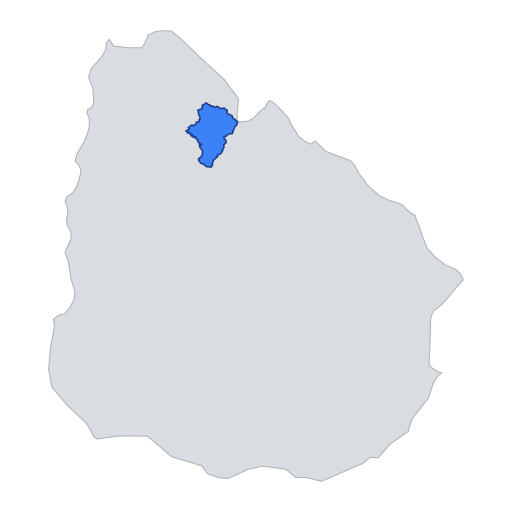 Mataojo, Salto, Uruguay shown in context
{"feature_id": "84410073B62667740173321", "entity_name": "Mataojo", "entity_type": "district", "adm_level": 2, "iso_a3": "URY", "parent_name": "Uruguay", "parent_adm1": "Salto", "projection": "albers", "projection_center": [-56.339, -31.222], "detail": "fine", "context": "in_parent", "style": "filled", "palette": "blue", "viewbox_px": 512, "rotation_deg": 0, "n_neighbors": 0, "source": "geoboundaries", "source_scale": "gbopen_adm2", "svg_char_len": 6248}
<svg xmlns="http://www.w3.org/2000/svg" viewBox="0 0 512 512"><path d="M441.7,372.9L437.8,376.2L433.5,382.6L428.3,398.2L411.7,419.4L408.1,431.5L390.5,443.8L378.1,457.8L370.2,457.3L362.9,463.3L321.4,481.3L306.7,477.6L295.8,477.5L285.7,469.2L262.5,466.1L248.0,469.3L228.4,478.3L222.5,478.1L218.3,477.6L207.7,473.9L201.9,465.9L171.8,456.8L147.4,436.1L118.8,436.0L96.8,439.0L93.4,436.3L91.1,430.9L86.4,423.3L67.2,405.2L51.9,387.1L48.6,369.2L50.3,349.6L54.4,326.3L53.5,319.1L59.0,314.9L64.5,314.0L69.7,307.9L74.3,298.7L75.0,291.9L71.1,279.2L68.3,261.5L65.0,252.7L71.0,238.6L71.1,231.8L67.5,225.9L66.4,219.8L67.9,213.5L67.5,207.5L65.1,201.7L66.8,196.9L72.4,193.0L76.5,187.1L79.2,179.2L80.6,173.2L80.6,169.0L78.8,165.1L75.2,161.5L76.7,154.2L83.3,143.2L87.6,133.4L89.4,124.9L89.2,118.1L86.9,112.9L87.8,109.4L91.9,107.5L93.7,102.0L92.9,88.3L88.5,77.1L91.6,68.1L101.0,57.7L105.9,49.3L106.2,42.9L109.2,39.3L113.8,46.0L127.4,47.7L141.0,47.9L143.2,46.1L148.5,34.9L155.5,31.6L163.2,30.7L171.7,31.3L180.6,38.6L206.0,62.9L224.5,79.7L230.1,87.7L235.0,93.7L238.7,99.2L237.1,113.6L237.3,119.9L238.1,121.8L242.3,121.9L248.6,120.9L253.9,117.9L258.0,113.3L262.1,109.5L265.3,107.5L266.5,104.5L268.4,101.3L270.3,100.6L274.0,103.0L282.5,111.3L289.1,119.0L290.7,123.4L293.3,127.9L296.0,131.9L297.9,135.8L304.3,140.9L310.8,144.2L315.2,141.0L326.2,151.6L350.6,160.7L355.0,166.0L359.1,173.6L367.5,185.2L379.1,195.6L388.5,200.1L397.6,202.8L402.7,205.2L406.1,209.2L411.5,213.5L415.0,215.2L416.1,219.0L419.5,227.4L423.0,237.9L426.8,247.7L435.4,257.3L445.2,264.8L455.4,269.2L461.1,274.5L463.4,279.8L456.2,287.5L448.4,297.1L441.6,304.7L434.6,310.0L432.2,313.6L430.6,319.4L429.8,350.0L429.0,361.4L429.4,364.5L430.3,366.5L434.5,369.7L439.6,372.4L441.7,372.9Z" fill="#d9dde1" stroke="#a8b0b8" stroke-width="1"/><path d="M186.0,131.3L187.2,131.4L187.9,132.0L187.5,133.0L190.6,133.1L190.1,134.4L190.4,134.8L192.2,134.7L192.7,134.9L191.6,135.6L191.4,135.9L192.7,136.1L193.2,136.5L193.2,137.3L193.8,137.3L195.3,136.7L195.8,136.8L195.9,137.4L195.6,138.3L196.4,139.0L197.3,139.5L197.7,139.7L197.6,141.1L198.6,142.5L199.6,143.1L199.4,143.7L199.3,144.5L199.8,144.7L200.2,144.2L200.6,143.9L201.1,144.0L201.3,144.6L200.7,145.4L199.7,145.9L199.5,146.4L200.2,147.8L201.5,149.2L202.3,150.5L202.5,151.8L202.1,155.3L201.5,155.9L201.2,156.8L199.8,157.8L198.6,158.8L198.5,159.8L198.8,160.8L199.8,162.0L201.2,163.4L202.0,163.9L203.2,163.8L203.9,163.8L204.2,164.4L204.3,165.0L204.8,165.6L206.0,165.9L206.3,166.7L207.5,166.7L208.1,166.6L209.5,167.0L210.4,167.2L210.6,167.2L210.8,167.1L211.0,167.1L211.5,166.9L211.8,166.0L211.7,165.7L212.0,165.5L212.6,165.3L212.6,165.0L212.5,164.7L212.4,164.5L212.3,164.3L212.2,164.1L212.2,163.9L212.4,163.5L212.5,163.3L212.6,163.0L212.7,162.8L212.7,162.4L212.8,161.9L212.8,161.5L212.8,161.4L212.8,161.2L213.2,160.9L213.4,160.8L213.4,160.7L213.5,160.5L213.5,160.2L213.5,159.9L213.6,159.7L213.8,159.5L214.3,159.4L214.5,159.4L214.7,159.2L214.9,159.0L215.2,158.7L215.3,158.5L215.5,158.3L215.8,158.1L216.0,157.9L216.2,157.7L216.5,157.5L217.8,156.5L217.6,156.3L217.4,156.1L217.3,155.6L217.1,155.3L217.3,154.9L217.6,154.8L217.8,154.8L218.0,154.7L218.2,154.4L218.6,154.6L218.9,154.5L219.3,154.3L219.9,154.1L220.2,154.0L220.7,153.5L221.0,153.3L221.5,152.6L221.7,152.3L221.9,152.0L222.1,151.9L222.4,150.6L222.9,150.3L222.8,149.1L224.2,147.0L224.0,146.4L223.8,145.8L223.6,144.7L224.0,144.4L224.4,144.3L224.6,144.1L224.7,143.8L224.8,143.6L225.0,143.5L225.1,143.4L225.5,143.0L226.0,142.9L226.2,142.4L225.9,142.2L225.9,141.7L226.0,141.5L226.1,140.7L225.8,139.9L225.5,139.8L225.3,139.6L225.2,139.3L224.8,139.1L224.4,138.9L224.2,138.6L223.9,138.2L224.0,138.0L223.9,137.8L224.0,137.7L223.7,137.2L223.9,137.1L224.3,136.8L224.9,136.7L225.0,136.6L225.4,136.5L225.4,136.4L225.6,136.5L226.0,136.4L226.2,136.1L226.5,135.7L226.6,135.4L226.9,134.9L227.1,134.9L227.6,134.9L227.7,134.7L227.9,134.5L228.1,134.5L228.2,134.4L228.4,134.4L229.5,133.8L230.1,133.7L230.4,133.7L230.8,133.7L231.3,133.7L232.0,133.7L232.3,133.3L232.5,133.0L232.9,132.8L232.9,132.7L232.9,132.3L232.9,131.6L232.7,131.3L232.7,131.2L232.8,130.6L233.6,130.0L233.7,129.9L234.0,129.1L234.4,127.8L234.5,127.6L235.0,126.7L235.6,126.0L235.9,125.7L236.1,125.6L236.4,125.5L236.6,124.9L237.1,123.9L237.3,123.6L237.2,123.4L237.3,122.5L237.3,122.4L237.6,122.1L236.5,120.8L235.8,120.4L235.7,120.3L235.4,119.7L233.2,118.4L233.0,118.2L232.6,117.3L232.3,116.8L232.2,115.9L232.0,115.7L231.9,115.6L231.2,115.3L229.6,114.5L229.3,114.3L229.1,114.3L228.8,114.3L227.4,113.9L227.2,113.8L227.2,113.7L227.2,112.8L227.2,112.3L227.3,111.9L227.2,111.8L227.1,111.3L227.1,111.1L227.2,110.6L227.2,110.4L227.2,110.2L226.9,109.9L225.5,109.4L225.4,109.3L224.7,108.8L224.6,108.6L224.2,108.0L223.1,108.3L222.2,108.3L221.9,108.6L221.3,108.6L220.9,108.6L220.5,108.5L220.1,108.2L219.6,107.8L219.3,107.6L219.2,107.5L218.9,107.5L218.8,107.4L218.6,107.3L218.2,107.5L217.9,107.0L217.9,106.9L217.8,106.6L217.6,106.5L217.4,106.5L217.0,106.4L216.9,106.5L216.6,106.8L216.3,106.7L216.1,107.1L215.9,107.2L215.7,107.2L215.1,107.1L214.9,107.2L214.7,107.2L214.3,107.1L214.0,107.0L213.8,106.6L213.7,106.5L212.7,106.5L212.5,106.4L212.3,106.3L212.3,106.2L212.2,106.2L211.8,106.1L211.7,106.1L211.4,106.1L211.3,106.3L211.2,106.4L210.9,106.2L210.5,105.9L210.4,105.5L210.3,105.1L210.0,105.0L209.6,104.9L209.4,105.1L209.2,105.0L208.9,104.8L208.9,104.7L208.4,104.5L208.2,104.4L207.9,104.1L207.5,103.9L207.2,103.8L207.1,103.7L206.8,103.4L206.7,103.3L206.6,103.0L206.3,102.9L206.2,102.9L206.1,103.0L205.9,103.0L205.4,103.3L204.3,104.2L203.8,104.5L203.6,104.6L202.3,105.2L202.2,105.4L202.1,105.8L202.1,106.0L202.4,106.9L202.4,107.0L202.3,107.3L202.3,107.5L202.3,107.8L202.1,107.9L201.9,108.0L201.7,108.7L201.6,108.9L201.1,109.2L200.9,109.1L200.6,109.2L200.3,109.3L200.2,109.3L199.6,109.5L199.4,109.6L199.2,109.7L198.8,109.8L198.7,109.9L198.6,110.0L198.4,110.1L198.2,110.1L198.1,110.3L198.0,110.5L197.9,110.5L198.3,111.7L198.5,113.4L199.8,117.1L200.1,118.6L200.1,119.2L199.0,119.8L198.9,120.2L199.0,121.5L198.6,122.2L197.8,122.2L196.6,122.0L196.2,122.5L196.1,123.6L193.6,125.7L193.1,125.6L192.5,125.0L191.9,124.9L190.8,125.6L190.1,126.4L188.5,127.2L188.3,127.6L188.9,128.5L189.4,129.1L188.2,129.7L187.1,130.2L186.1,130.7L186.0,131.3Z" fill="#3b82f6" stroke="#1e3a8a" stroke-width="1.5"/></svg>